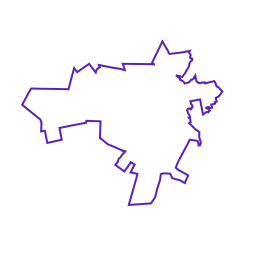 outline of Benjamín Hill, Sonora, Mexico, rotated 79°
{"feature_id": "50627088B71281385792912", "entity_name": "Benjamín Hill", "entity_type": "district", "adm_level": 2, "iso_a3": "MEX", "parent_name": "Mexico", "parent_adm1": "Sonora", "projection": "robinson", "projection_center": [-111.217, 30.152], "detail": "fine", "context": "isolated", "style": "outline", "palette": "violet", "viewbox_px": 256, "rotation_deg": 79, "n_neighbors": 0, "source": "geoboundaries", "source_scale": "gbopen_adm2", "svg_char_len": 5078}
<svg xmlns="http://www.w3.org/2000/svg" viewBox="0 0 256 256"><g transform="rotate(79 128 128)"><path d="M62.3,171.1L65.3,172.6L77.1,178.3L78.6,179.0L78.2,180.7L78.1,181.0L77.7,183.3L77.2,185.6L75.9,191.4L73.8,201.4L73.1,204.9L70.8,215.4L72.8,217.3L73.3,217.8L76.8,220.7L78.1,221.8L80.1,223.4L85.0,227.5L90.5,222.9L100.2,214.8L102.8,212.5L105.3,212.1L106.1,211.9L114.8,213.9L114.8,212.3L114.8,211.4L114.9,210.1L122.7,210.1L127.3,210.1L127.1,203.2L127.0,200.4L126.9,195.3L123.9,195.3L122.5,195.3L114.9,195.3L114.8,184.4L114.8,182.1L114.8,179.9L114.8,168.1L113.0,167.5L113.9,163.7L116.2,153.7L122.4,155.1L132.7,157.5L133.3,156.6L136.2,154.2L140.2,150.8L144.0,145.0L145.4,143.0L146.1,142.0L149.0,137.8L149.3,137.3L149.5,137.3L149.5,136.9L150.4,135.0L150.7,135.3L152.8,138.5L155.1,140.7L155.4,141.0L155.6,141.4L155.8,141.9L156.0,142.3L156.2,142.6L156.5,142.9L157.9,143.9L158.7,144.3L159.2,144.6L159.7,144.9L160.1,145.3L160.2,145.6L161.8,147.5L170.0,139.8L163.0,132.6L162.1,131.9L165.1,128.4L172.1,134.0L174.8,127.5L178.6,129.2L203.7,141.9L206.4,119.9L202.2,115.6L201.2,114.4L200.6,114.3L194.7,111.6L193.6,111.1L185.2,106.5L179.6,104.6L179.3,102.5L179.5,100.7L180.9,95.2L185.6,94.2L187.3,90.9L189.3,86.9L192.9,82.7L190.9,81.4L189.0,80.1L187.2,78.7L186.0,78.0L178.3,87.0L176.1,88.7L171.2,85.6L167.0,82.2L152.5,70.5L151.3,69.5L153.3,63.9L153.8,62.5L153.9,62.3L154.0,62.1L154.6,61.8L154.9,61.7L155.0,61.7L155.1,61.8L155.5,62.0L156.2,61.7L156.6,61.8L156.8,62.0L157.2,62.0L157.5,61.9L157.7,61.7L157.9,61.6L158.0,61.6L158.3,61.7L158.6,61.9L158.6,61.3L158.6,60.5L158.4,60.4L158.1,60.3L157.6,60.0L157.2,59.8L157.0,59.6L156.6,59.5L156.1,59.3L155.8,59.2L155.5,59.2L155.0,59.2L154.2,59.4L153.7,59.5L153.3,59.6L153.0,59.7L152.6,59.7L151.7,59.8L151.3,59.8L150.8,59.8L150.4,59.8L149.8,59.7L149.0,59.5L148.3,59.3L148.1,59.3L147.9,59.3L147.6,59.2L147.3,59.1L147.1,59.1L146.9,59.1L145.8,58.7L143.5,60.7L143.1,61.4L136.8,65.7L134.9,67.1L134.8,66.7L134.6,66.5L134.5,66.1L134.3,65.7L134.3,65.4L134.1,65.3L133.4,65.4L131.3,65.2L130.9,65.3L130.4,65.7L129.6,66.4L129.1,64.9L127.9,65.2L127.4,65.3L126.5,65.4L125.8,65.8L125.0,66.1L124.3,66.3L123.6,66.2L123.3,66.2L122.9,66.3L121.9,66.7L121.4,66.2L120.6,65.6L120.5,65.0L120.4,64.0L121.3,63.4L122.2,62.7L122.4,62.6L122.0,62.6L121.8,62.6L121.7,62.5L121.4,62.5L121.3,62.4L121.2,62.3L120.9,62.1L120.4,61.4L120.2,61.4L119.9,61.4L119.8,61.2L119.7,60.8L119.5,60.5L118.8,60.6L118.5,60.6L117.0,61.0L116.7,61.5L114.2,61.6L113.7,61.7L113.7,51.8L129.2,51.8L129.2,51.6L128.6,50.8L128.0,49.3L127.8,48.9L127.4,48.2L127.3,47.9L127.2,47.6L127.3,47.3L127.5,47.1L127.5,46.9L127.6,46.7L127.4,46.3L127.4,46.2L127.4,45.8L127.4,45.7L127.5,45.7L126.6,44.4L123.2,46.4L123.6,47.2L123.3,47.3L123.1,47.3L122.9,47.3L122.8,46.7L122.8,45.7L122.7,44.7L124.3,44.6L124.1,41.6L120.9,41.8L120.9,40.7L120.7,37.8L119.1,37.9L119.0,35.9L117.5,36.0L115.9,36.1L115.2,36.1L115.1,35.9L115.1,35.7L114.9,35.2L114.8,34.8L114.7,34.3L114.5,33.6L114.3,33.0L114.1,32.8L113.2,31.7L112.8,31.2L112.2,30.6L111.7,30.1L110.8,29.1L110.2,28.5L109.9,28.7L109.7,28.8L109.3,29.0L109.1,29.1L108.8,29.3L108.5,29.4L108.3,29.6L108.1,29.7L107.5,30.1L107.4,30.2L106.4,30.8L105.4,31.3L105.0,31.6L104.9,31.7L104.8,31.9L104.7,32.1L104.5,32.3L104.5,32.5L104.4,32.7L104.1,33.1L103.9,33.2L103.7,33.2L103.4,33.3L103.1,33.3L102.5,33.3L102.0,33.4L101.3,33.4L100.8,33.5L100.3,33.7L99.7,33.8L98.9,34.2L98.7,34.3L98.4,34.5L98.4,34.9L98.5,36.0L98.5,36.3L98.6,37.1L98.6,37.5L98.6,38.0L98.6,38.5L98.6,39.0L98.7,39.7L98.7,40.1L98.8,40.8L98.8,41.6L98.8,41.9L98.8,42.2L98.8,42.6L98.8,43.2L98.8,43.9L97.8,44.0L97.9,45.4L97.7,45.5L97.4,46.3L97.4,46.8L97.4,47.3L97.6,47.6L97.8,48.0L97.9,48.5L97.8,48.8L97.6,49.4L97.5,49.7L97.3,49.7L97.2,49.9L97.1,50.1L96.8,50.4L96.5,50.8L95.8,51.5L95.4,51.7L95.2,51.7L95.1,51.9L89.6,52.0L90.0,52.3L89.9,52.4L89.9,52.5L90.0,52.8L90.2,53.0L90.3,53.0L90.5,53.2L90.8,53.4L91.3,53.5L91.9,53.8L92.0,54.3L92.1,54.5L92.3,54.9L92.3,55.0L92.5,55.3L92.7,55.6L92.9,56.0L92.6,56.7L92.9,57.3L93.2,57.4L93.4,57.6L93.5,57.8L93.7,58.0L94.0,58.3L94.2,58.6L94.4,59.1L94.6,59.4L94.7,59.7L94.8,60.0L95.0,60.5L94.9,60.7L94.9,61.4L95.0,61.5L95.1,63.8L93.2,64.6L92.7,65.1L90.7,67.5L90.4,67.1L89.5,67.8L89.3,67.7L85.4,70.9L88.2,65.1L85.1,61.5L84.4,61.0L83.4,60.2L82.8,59.8L82.4,59.4L80.0,57.1L79.2,56.5L78.7,56.3L78.2,56.1L77.9,56.0L77.4,55.7L76.9,55.5L76.6,55.4L76.1,55.3L75.9,55.0L74.6,53.8L74.5,53.7L74.4,53.4L74.2,52.7L74.0,52.4L73.8,52.2L73.6,52.1L73.4,51.9L72.8,51.8L72.6,51.7L72.4,51.7L72.2,51.8L71.9,52.0L71.7,52.9L71.6,53.2L71.6,53.3L71.4,53.5L71.2,53.6L70.8,53.7L70.6,53.7L70.4,53.6L69.6,53.1L69.2,52.9L68.8,52.7L68.6,52.6L68.3,52.6L68.1,52.6L67.9,52.7L67.6,52.8L67.1,53.1L66.6,53.4L66.3,53.5L66.1,53.5L65.8,53.5L65.6,53.5L65.4,53.4L65.0,53.2L64.1,52.6L64.3,54.0L64.4,54.6L64.0,54.8L64.2,58.8L63.3,72.4L63.2,73.0L62.6,73.6L62.0,73.9L60.7,73.8L49.6,77.7L68.8,92.1L70.9,89.6L69.7,93.2L64.0,120.9L68.3,120.3L69.5,120.1L70.6,120.1L68.7,124.0L67.9,125.9L65.3,133.1L64.2,135.7L60.6,144.5L63.0,144.1L64.4,147.5L67.4,149.1L57.6,153.9L60.8,161.2L63.4,167.3L58.9,169.4L62.3,171.1Z" fill="none" stroke="#5b21b6" stroke-width="2"/></g></svg>